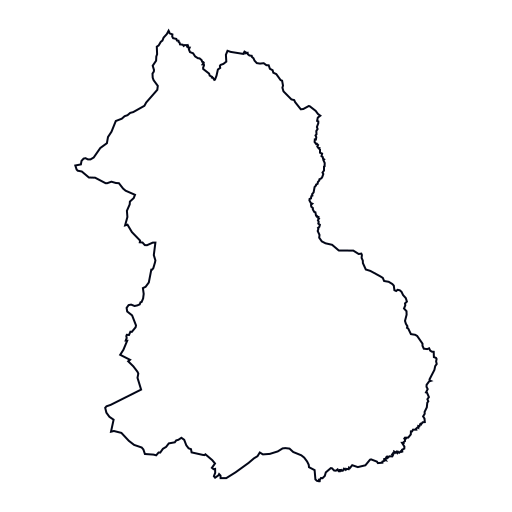 Nueva Granada, Magdalena, Colombia (orthographic projection)
{"feature_id": "7082276B5814206039603", "entity_name": "Nueva Granada", "entity_type": "district", "adm_level": 2, "iso_a3": "COL", "parent_name": "Colombia", "parent_adm1": "Magdalena", "projection": "orthographic", "projection_center": [-74.297, 9.76], "detail": "fine", "context": "isolated", "style": "outline", "palette": "ink", "viewbox_px": 512, "rotation_deg": 0, "n_neighbors": 0, "source": "geoboundaries", "source_scale": "gbopen_adm2", "svg_char_len": 6016}
<svg xmlns="http://www.w3.org/2000/svg" viewBox="0 0 512 512"><path d="M320.3,115.7L317.9,113.9L315.7,110.9L309.8,106.3L308.8,106.0L303.3,109.0L300.8,109.3L295.1,102.1L294.2,100.1L291.4,99.4L283.5,91.4L282.4,87.7L283.0,85.6L282.1,80.7L280.6,80.1L276.3,74.1L273.3,72.7L272.6,70.2L269.9,68.8L268.7,65.3L266.4,65.2L263.7,63.2L260.0,63.6L256.8,63.1L254.5,60.6L253.5,58.3L251.9,56.9L251.7,55.8L249.4,55.5L247.8,54.2L247.6,52.8L245.9,53.2L246.2,52.6L244.5,51.6L243.2,53.9L230.7,51.9L227.5,50.8L225.9,54.8L226.3,61.6L223.4,63.9L220.6,64.9L219.9,65.9L220.2,67.9L217.9,69.5L216.5,75.7L215.0,79.6L214.3,79.9L213.0,77.8L211.9,77.6L212.0,76.8L209.7,75.6L209.1,73.6L203.2,69.0L203.1,67.7L204.0,65.4L203.9,64.5L202.6,64.4L203.7,62.6L203.3,62.1L202.2,61.8L201.6,60.1L199.6,58.4L197.9,58.2L195.1,56.4L193.1,53.3L190.0,52.1L188.9,49.5L189.5,48.0L188.8,48.2L187.9,47.2L188.4,46.7L187.8,45.3L187.0,46.0L186.8,45.1L184.5,45.1L183.7,45.9L182.7,44.7L180.0,44.4L179.5,42.5L178.6,41.9L178.5,40.7L176.9,40.5L176.3,38.9L173.1,38.2L172.2,36.5L172.4,34.4L170.0,33.5L168.7,32.3L169.1,31.7L168.6,30.7L166.8,34.1L163.6,37.6L162.4,40.6L160.8,41.8L158.7,45.4L156.8,46.7L157.1,54.2L156.3,56.5L156.1,60.7L152.7,65.7L154.0,70.0L153.8,71.6L152.5,73.6L152.7,77.7L153.6,80.2L157.8,85.9L157.3,89.8L146.2,102.5L144.4,105.8L133.2,112.1L130.2,112.9L127.5,115.2L124.6,116.2L121.8,118.7L115.8,121.0L111.5,131.7L108.0,137.0L106.9,143.2L100.3,148.0L93.7,157.5L90.5,159.4L87.9,159.4L85.5,158.2L83.6,158.6L81.5,160.9L80.9,164.4L75.3,165.5L76.6,169.5L77.7,170.7L81.8,171.5L88.9,177.5L95.1,177.7L105.6,183.2L107.2,183.2L111.4,181.7L115.9,183.0L118.9,183.2L123.1,188.6L125.6,190.7L135.0,194.8L133.7,198.1L129.9,201.6L129.7,204.4L126.9,210.8L127.4,217.0L125.1,225.4L127.5,224.7L131.9,232.1L140.1,240.6L139.8,242.3L142.5,242.5L144.8,245.1L147.0,245.2L152.8,242.6L155.4,242.6L153.8,255.1L155.4,260.4L155.0,262.4L153.3,268.2L152.1,269.7L151.3,269.7L148.8,282.5L145.6,286.8L142.9,288.1L143.7,293.9L143.1,298.5L141.6,302.0L140.5,302.3L139.7,304.4L137.3,305.4L134.6,306.0L131.1,304.6L128.6,305.1L126.6,307.9L127.2,311.5L132.1,315.4L136.0,325.4L135.6,327.3L131.8,331.9L130.4,331.7L129.0,335.0L126.8,334.8L126.3,336.1L126.7,338.0L125.7,340.6L127.2,340.7L123.4,349.8L120.2,354.8L130.0,359.8L128.2,361.3L133.3,366.3L137.5,371.8L138.3,373.6L137.5,377.8L141.1,389.6L110.6,404.9L106.5,406.3L105.2,407.8L106.4,412.7L109.4,416.8L113.6,419.7L111.0,431.7L113.9,431.0L121.4,432.9L128.8,440.8L134.1,444.9L141.7,447.5L143.4,449.5L144.9,454.0L153.5,454.6L156.2,455.3L158.6,452.5L160.2,452.6L162.9,448.8L166.1,446.9L168.8,443.4L174.8,442.3L176.2,440.4L178.4,439.8L181.4,437.8L184.2,439.8L186.3,445.3L188.6,448.3L191.0,449.2L191.6,452.4L202.8,454.9L204.5,455.1L205.4,454.3L212.2,460.1L215.0,463.5L211.9,467.8L213.6,469.2L215.1,468.9L215.2,472.8L213.9,476.2L215.1,477.7L218.5,475.3L219.1,474.1L220.5,475.6L220.6,478.1L226.3,478.1L235.6,472.3L248.6,462.9L254.0,458.3L257.5,456.2L259.8,452.5L262.9,454.4L269.8,453.9L277.8,451.4L282.6,448.4L285.4,448.1L289.5,448.6L293.2,452.0L301.3,455.3L304.2,457.6L307.1,461.5L308.7,464.7L309.0,467.2L314.6,470.1L315.4,479.4L316.9,480.8L319.1,481.3L320.5,481.1L319.3,480.8L319.1,479.8L319.7,479.9L321.0,478.0L322.5,478.2L324.8,475.9L325.8,472.4L330.8,468.1L332.0,468.3L334.1,470.5L335.9,470.7L337.6,469.4L338.6,471.2L339.3,471.1L339.7,470.0L340.4,470.0L340.5,470.8L341.3,470.1L341.8,470.8L342.8,470.7L343.9,468.8L344.5,469.4L345.1,468.9L345.8,469.8L346.7,468.9L348.6,469.2L349.0,467.6L349.8,468.2L352.2,465.2L357.8,467.1L365.4,465.3L370.0,459.7L371.1,459.4L376.9,461.6L377.9,463.1L382.4,462.7L382.4,461.6L384.3,460.8L384.2,459.8L385.7,460.2L384.8,458.9L386.7,458.4L386.2,457.3L387.1,456.5L388.2,457.4L389.3,456.3L392.3,456.4L393.1,454.8L392.2,454.4L393.4,452.7L394.5,452.9L394.3,451.6L396.6,452.7L396.9,451.5L397.7,451.6L397.8,452.7L398.4,452.1L399.3,452.7L400.8,451.3L401.3,451.9L402.3,451.6L402.1,449.7L404.3,448.6L404.4,446.6L402.1,442.9L403.5,442.9L403.3,442.4L405.0,441.1L404.9,439.6L405.5,439.0L404.4,438.5L404.9,437.7L408.2,437.6L410.8,434.4L410.9,431.4L412.1,431.4L413.0,429.7L416.3,429.7L416.1,428.7L417.8,427.2L418.3,427.6L418.3,426.0L419.4,426.3L420.2,424.2L421.0,424.4L421.0,423.6L421.8,423.5L422.6,422.3L424.8,422.1L424.5,418.6L423.1,416.4L424.7,413.8L424.6,411.9L426.8,407.4L427.3,402.7L428.3,401.3L427.4,399.2L428.9,397.1L427.0,392.7L426.0,392.4L427.7,389.1L426.5,386.8L426.6,384.8L429.1,381.4L430.7,380.9L429.8,380.5L429.5,379.4L434.4,369.9L435.2,366.1L436.7,364.0L436.1,361.3L436.6,359.0L436.0,357.9L433.9,357.1L433.7,351.8L431.9,351.7L430.2,350.6L429.1,348.3L427.3,349.1L423.8,348.7L422.5,345.8L422.5,343.7L417.2,336.0L415.2,334.8L410.9,334.1L408.2,328.5L407.0,327.8L407.4,326.2L405.9,323.8L405.0,320.9L406.6,314.7L406.5,311.2L404.0,308.5L405.3,305.3L405.0,303.4L406.9,301.6L405.8,298.1L403.1,295.1L401.5,291.8L399.8,290.3L397.6,289.8L396.2,291.0L394.4,290.2L393.8,285.6L392.3,284.0L388.7,281.8L384.1,281.0L382.8,277.9L380.4,276.4L370.3,270.9L365.8,269.5L362.9,263.1L362.8,260.6L361.6,257.9L361.9,255.0L361.3,253.6L358.7,254.0L353.3,250.6L338.8,250.5L332.1,244.8L325.5,243.3L321.8,241.4L319.2,237.7L319.5,234.9L317.7,231.0L318.4,228.8L318.0,227.9L319.3,226.9L319.9,224.8L318.3,223.6L318.7,221.8L317.9,220.3L319.0,218.5L318.2,218.0L318.4,216.9L316.9,216.7L316.8,215.8L316.0,215.6L315.4,212.3L314.2,211.9L312.8,209.4L312.9,208.1L311.3,206.7L311.0,204.8L312.3,203.7L310.8,203.0L309.4,200.4L309.6,198.9L311.0,198.4L311.3,196.2L312.4,195.6L312.1,194.2L313.6,192.4L314.6,187.0L316.0,185.5L316.1,184.6L317.6,183.8L317.9,182.0L319.3,180.5L319.4,179.3L321.4,178.3L322.3,176.9L323.3,174.0L322.5,172.6L324.0,170.5L324.0,166.6L324.6,166.3L324.7,163.0L323.4,160.1L324.1,159.4L323.0,158.7L322.8,157.1L321.5,156.2L322.1,153.6L320.0,152.7L320.0,149.6L319.0,148.6L319.3,148.0L318.1,147.7L317.3,146.5L318.1,145.0L316.8,143.7L316.2,144.1L314.6,142.0L314.8,139.4L315.9,139.5L316.3,137.2L315.5,135.4L316.5,134.3L316.3,131.0L317.6,129.0L316.9,127.0L318.3,123.2L318.3,121.4L317.1,120.9L317.8,117.6L320.3,115.7Z" fill="none" stroke="#020617" stroke-width="2"/></svg>